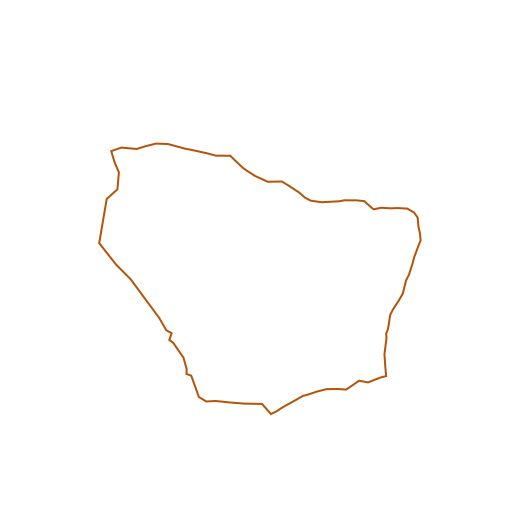 outline of Zing, Taraba, Nigeria, rotated 134°
{"feature_id": "59680162B60568566930973", "entity_name": "Zing", "entity_type": "district", "adm_level": 2, "iso_a3": "NGA", "parent_name": "Nigeria", "parent_adm1": "Taraba", "projection": "mercator", "projection_center": [11.715, 8.874], "detail": "fine", "context": "isolated", "style": "outline", "palette": "amber", "viewbox_px": 512, "rotation_deg": 134, "n_neighbors": 0, "source": "geoboundaries", "source_scale": "gbopen_adm2", "svg_char_len": 1521}
<svg xmlns="http://www.w3.org/2000/svg" viewBox="0 0 512 512"><g transform="rotate(134 256 256)"><path d="M281.1,433.0L286.9,422.7L291.0,412.8L304.3,402.0L318.7,403.0L355.7,377.7L359.4,350.4L359.8,329.9L364.1,304.6L367.8,282.5L371.7,269.1L370.2,263.0L376.6,260.1L375.9,255.4L379.6,237.3L381.0,235.0L384.6,228.9L385.7,227.1L389.1,224.1L387.1,219.4L393.4,206.6L393.5,206.4L397.1,199.2L395.2,190.7L388.4,184.4L379.8,173.4L370.5,162.1L358.2,148.9L359.3,135.5L359.2,135.5L354.1,133.5L348.8,132.3L346.1,131.7L331.5,127.2L327.1,126.0L325.2,125.4L324.3,125.2L319.2,122.1L311.0,117.9L307.5,115.7L302.8,112.8L294.6,104.5L289.5,98.4L286.3,97.7L280.2,96.4L275.0,95.4L274.1,95.2L269.1,87.6L262.9,84.8L256.7,81.9L252.0,79.0L249.1,82.3L244.8,87.2L241.9,90.4L237.5,95.3L228.7,101.9L224.3,105.2L221.4,108.5L217.0,110.2L215.6,111.2L211.0,114.4L205.2,118.5L201.7,119.6L199.2,120.4L188.6,122.4L181.1,124.3L175.2,127.7L169.3,131.1L163.3,132.9L160.3,134.4L152.9,138.0L146.9,141.4L135.0,146.6L130.5,148.4L126.2,153.3L121.9,159.7L116.2,166.2L114.9,172.4L116.8,180.1L123.3,187.6L128.0,192.1L134.5,199.6L140.8,203.9L141.1,210.2L141.4,216.4L146.2,222.4L154.5,231.1L158.9,234.2L163.7,238.7L171.7,246.1L178.2,255.1L180.0,261.3L180.4,269.0L182.4,279.8L184.4,289.1L190.5,295.2L194.5,299.2L199.1,312.3L201.0,322.0L201.7,326.3L201.8,336.4L201.8,344.2L211.8,354.7L215.1,360.8L223.4,374.4L228.3,382.0L231.6,388.0L236.6,397.1L244.7,406.1L254.1,411.9L261.9,416.2L270.2,426.5L271.6,428.2L281.1,433.0Z" fill="none" stroke="#b45309" stroke-width="2"/></g></svg>